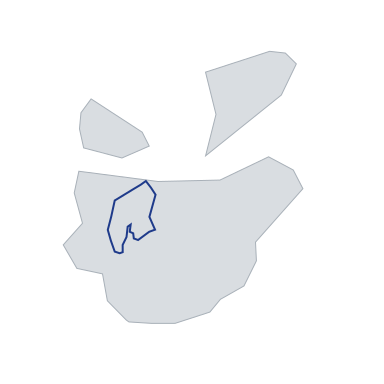 Sha Tin highlighted on a map of Hong Kong S.A.R., rotated 162°
{"feature_id": "HKG-5163", "entity_name": "Sha Tin", "entity_type": "state/province", "adm_level": 1, "iso_a3": "HKG", "parent_name": "Hong Kong S.A.R.", "parent_adm1": "", "projection": "robinson", "projection_center": [114.207, 22.389], "detail": "fine", "context": "in_parent", "style": "outline", "palette": "blue", "viewbox_px": 384, "rotation_deg": 162, "n_neighbors": 0, "source": "natural_earth", "source_scale": "10m", "svg_char_len": 973}
<svg xmlns="http://www.w3.org/2000/svg" viewBox="0 0 384 384"><g transform="rotate(162 192 192)"><path d="M152.0,106.7L153.6,105.0L171.6,86.6L198.1,81.2L212.1,72.3L248.6,72.3L270.9,79.5L292.1,87.9L294.1,90.6L306.1,114.7L302.4,141.8L325.1,154.9L330.8,181.5L305.8,196.1L304.3,227.5L293.2,246.7L221.1,212.5L161.7,194.7L108.3,201.8L88.9,181.6L85.5,160.9L147.1,124.7L152.0,106.7ZM142.1,301.8L74.7,301.8L60.3,295.3L53.2,281.6L77.1,256.6L167.9,222.2L145.2,258.4L142.1,301.8ZM273.1,301.7L259.2,311.7L220.9,264.3L218.5,248.9L248.1,246.0L281.4,267.4L279.5,286.8L273.1,301.7Z" fill="#d9dde1" stroke="#a8b0b8" stroke-width="1"/><path d="M258.1,163.0L261.7,165.8L260.7,170.9L263.5,173.4L260.4,180.0L263.9,178.9L268.2,169.4L274.3,163.1L276.5,156.2L279.7,156.1L283.9,159.2L284.2,170.9L283.8,182.0L276.4,193.6L268.1,207.8L247.1,212.8L238.4,214.8L232.5,216.7L229.7,208.8L227.5,200.7L240.2,181.5L238.8,167.6L245.0,167.4L258.1,163.0Z" fill="none" stroke="#1e3a8a" stroke-width="2"/></g></svg>